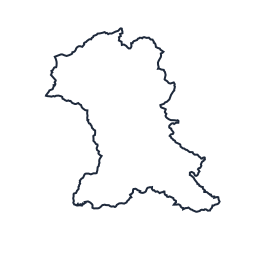 Chi Lang, Lạng Sơn, Vietnam (Robinson projection), rotated 77°
{"feature_id": "81297802B55451481919262", "entity_name": "Chi Lang", "entity_type": "district", "adm_level": 2, "iso_a3": "VNM", "parent_name": "Vietnam", "parent_adm1": "Lạng Sơn", "projection": "robinson", "projection_center": [106.633, 21.667], "detail": "fine", "context": "isolated", "style": "outline", "palette": "slate", "viewbox_px": 256, "rotation_deg": 77, "n_neighbors": 0, "source": "geoboundaries", "source_scale": "gbopen_adm2", "svg_char_len": 5780}
<svg xmlns="http://www.w3.org/2000/svg" viewBox="0 0 256 256"><g transform="rotate(77 128 128)"><path d="M134.2,77.8L132.8,77.3L132.3,77.3L131.6,77.9L131.7,79.1L131.0,80.6L129.9,84.6L128.6,86.3L126.8,87.9L125.8,88.5L124.6,88.7L122.9,87.4L121.3,88.4L120.6,88.5L118.3,87.0L117.4,88.0L115.5,90.9L115.0,91.2L113.6,91.4L112.9,91.3L112.5,87.5L111.4,86.1L111.2,84.2L109.4,81.2L105.4,78.6L102.4,75.5L101.9,74.5L100.8,74.3L99.3,73.4L98.6,73.3L98.3,73.0L97.0,73.3L95.8,72.6L93.9,73.2L94.2,76.6L93.6,77.9L93.1,78.4L91.3,79.2L89.3,81.2L88.8,81.4L84.8,79.4L81.8,79.4L80.5,80.0L79.4,80.1L78.5,82.4L77.1,84.3L77.0,85.4L75.5,84.4L73.3,84.5L71.0,84.1L69.3,82.9L66.3,80.1L65.0,79.5L62.8,79.3L62.5,77.6L61.7,76.3L59.0,78.8L57.8,79.1L56.6,81.1L55.3,82.6L53.4,82.4L51.7,82.6L50.7,83.7L49.6,83.4L48.3,84.0L47.4,84.2L46.8,86.1L44.7,87.3L44.4,89.6L43.1,91.8L43.1,92.9L43.8,94.0L43.1,94.8L42.7,96.3L43.1,97.0L43.2,98.2L44.3,99.4L44.7,102.8L45.4,103.9L46.4,104.5L46.1,105.9L49.0,106.2L50.0,106.8L50.9,107.8L50.7,109.3L49.3,110.4L47.7,111.2L45.9,113.0L45.7,113.6L45.7,115.3L42.5,114.9L40.7,117.2L38.9,116.4L37.5,116.4L36.8,114.3L34.6,114.6L34.4,112.1L32.5,111.7L31.2,111.9L29.8,111.7L29.3,112.5L29.5,113.4L31.1,115.6L31.3,118.5L32.3,122.6L31.7,124.8L32.1,126.2L30.6,127.2L30.6,128.4L29.7,128.8L29.3,129.3L29.5,131.1L29.5,133.9L29.2,136.5L29.8,137.1L30.2,138.2L30.5,140.8L31.7,141.7L32.1,143.1L33.3,143.9L32.9,145.2L33.0,146.2L34.1,148.6L34.8,149.5L35.0,150.9L35.2,151.5L35.7,151.9L36.8,151.9L38.6,154.3L37.5,156.3L37.3,157.6L37.7,159.1L38.8,160.6L40.0,161.3L41.2,162.5L41.6,163.3L41.7,165.2L42.9,165.6L43.3,166.5L43.8,169.0L44.0,171.6L42.8,173.7L41.6,175.3L41.2,176.7L42.1,183.3L44.6,182.8L47.2,182.7L48.7,182.9L51.4,183.7L52.6,184.3L52.4,185.9L52.7,186.5L54.6,188.2L55.2,189.8L56.7,189.2L57.1,190.0L58.7,190.7L59.0,191.1L65.2,187.7L65.7,187.8L66.9,189.2L68.2,188.8L69.3,189.1L70.0,189.8L69.4,190.3L69.5,190.8L70.1,190.6L73.2,192.7L73.7,196.1L74.8,197.0L77.6,200.4L78.1,200.7L78.8,199.4L79.7,196.6L80.2,195.7L80.1,193.5L80.8,192.3L80.4,190.8L80.8,188.4L82.0,186.1L82.9,185.1L84.7,185.2L85.8,183.8L86.8,183.0L87.9,181.5L87.7,179.9L88.5,179.0L88.7,177.9L91.0,176.7L92.7,174.3L92.9,173.3L92.5,170.9L94.1,169.8L95.0,168.6L97.2,168.4L98.6,167.7L100.8,165.8L101.2,165.2L101.7,163.6L104.5,164.5L107.1,164.7L108.4,165.3L111.1,165.8L111.3,164.9L112.4,165.4L114.7,165.0L115.4,163.8L116.5,163.7L117.3,163.1L119.9,163.0L121.1,162.1L121.9,161.9L123.0,160.6L125.4,161.1L127.4,161.8L127.7,163.2L128.0,163.6L131.2,164.1L132.7,164.6L134.5,163.5L136.0,163.0L136.5,162.7L137.2,161.5L138.5,161.6L140.6,163.1L142.4,163.1L144.4,161.5L145.8,162.5L146.6,162.4L148.3,161.2L149.3,160.0L151.6,162.4L152.8,163.2L154.7,163.7L155.5,163.6L156.8,164.5L158.4,165.0L159.4,166.4L162.7,167.5L163.3,168.0L164.6,168.5L164.9,168.8L164.9,169.8L164.4,171.8L164.8,174.6L163.6,176.6L163.0,179.1L163.0,179.9L163.5,180.8L166.3,182.9L167.0,184.9L168.5,186.8L169.3,186.7L170.2,187.3L171.4,187.1L172.5,188.4L173.7,188.8L174.2,189.5L176.2,189.8L177.7,191.8L179.6,193.2L179.7,195.4L180.2,195.9L182.5,196.4L184.1,197.2L187.0,197.2L188.5,198.1L190.4,197.6L190.7,196.9L191.8,195.6L191.7,195.2L191.0,194.3L192.2,194.4L192.3,194.1L191.6,193.1L192.5,192.3L191.6,191.5L191.6,191.0L191.9,190.7L192.4,191.2L193.2,190.4L192.9,190.1L192.2,190.1L192.3,189.1L191.4,188.8L191.9,187.8L191.4,187.1L191.3,186.1L191.0,185.9L190.4,186.3L190.5,183.9L190.7,183.2L192.3,181.4L194.3,180.1L195.2,179.9L197.7,180.6L198.6,179.5L199.5,175.5L199.5,174.4L198.9,172.7L197.4,170.3L197.5,167.8L198.1,167.0L198.9,164.0L200.1,163.0L200.8,162.0L201.1,159.6L201.9,158.8L202.0,158.3L201.6,157.3L200.4,156.2L199.5,153.5L199.8,151.3L200.8,148.7L200.2,146.2L198.7,144.8L198.2,143.5L196.6,141.9L196.3,140.3L193.5,141.1L193.2,140.6L193.1,139.5L191.9,137.7L189.5,137.0L188.7,136.4L188.9,134.3L189.7,133.3L190.5,132.9L192.2,130.3L193.1,131.0L194.0,129.8L194.6,128.1L194.4,126.2L193.8,124.9L191.5,123.3L190.7,122.4L190.6,119.8L191.0,118.9L191.0,117.9L192.6,118.4L193.3,118.2L194.5,117.5L194.5,116.6L196.3,115.5L196.4,113.5L198.6,111.8L198.2,110.1L198.3,108.7L197.9,107.5L198.1,106.8L199.8,107.1L201.1,107.0L202.0,106.3L202.1,105.5L203.2,105.5L203.8,105.3L204.3,103.9L204.0,103.2L204.1,102.7L206.5,99.6L207.6,99.6L208.4,99.3L209.7,97.7L211.1,97.9L212.2,99.7L213.0,100.6L213.6,97.7L213.7,96.1L214.2,95.3L215.3,94.3L216.3,94.4L217.2,93.9L217.9,93.3L218.4,92.2L219.6,92.6L219.0,89.8L219.3,88.5L219.1,87.0L221.4,85.2L222.1,83.9L222.8,83.4L224.9,80.5L225.1,79.7L225.0,76.7L224.4,75.9L224.2,74.6L225.0,72.4L224.5,71.4L225.0,70.1L226.5,68.8L226.8,66.6L225.9,66.1L224.6,64.2L222.5,63.1L222.9,62.1L222.3,60.5L222.3,57.9L221.9,56.9L221.2,56.1L220.3,55.3L218.2,55.8L215.8,55.6L215.5,56.0L215.3,56.8L215.4,59.5L214.8,59.1L214.2,59.2L213.8,61.3L213.0,62.0L211.6,62.1L211.5,62.3L211.5,63.1L210.7,63.4L210.2,64.2L208.6,65.2L208.1,65.9L207.5,68.1L207.0,68.0L206.6,67.2L206.2,67.0L204.0,68.7L202.3,68.4L201.8,69.9L201.1,70.3L200.5,71.4L199.6,71.4L199.1,71.9L198.6,71.9L198.0,73.0L197.3,72.8L193.0,74.8L191.8,75.0L190.5,75.7L188.4,77.3L187.7,78.3L185.4,77.7L185.1,76.0L185.3,75.6L186.8,73.9L188.5,73.7L189.5,73.3L190.0,72.3L189.6,71.0L188.3,69.8L187.4,69.5L186.4,68.1L183.9,69.1L183.2,68.3L183.1,66.8L182.9,66.4L181.3,65.0L179.9,65.2L178.1,63.9L177.5,63.3L177.0,61.7L176.2,61.1L176.0,60.2L174.1,59.9L173.8,60.3L173.8,61.5L174.5,62.8L174.2,63.6L172.7,64.3L172.3,64.9L169.6,66.3L168.9,69.2L167.3,70.3L166.1,70.5L165.3,73.4L162.6,75.5L162.1,76.7L160.6,77.9L160.2,79.1L157.9,81.0L156.1,80.8L155.6,81.0L152.6,84.9L151.0,85.1L150.4,85.6L150.0,86.5L148.7,86.9L147.5,88.1L146.5,88.1L145.1,89.2L143.9,87.8L143.8,85.4L142.8,84.7L142.4,84.7L139.2,86.2L138.3,86.0L137.2,87.5L136.6,87.7L135.4,87.4L134.9,87.0L133.6,84.8L133.4,84.0L133.6,82.8L134.5,82.2L133.7,80.1L134.2,77.8Z" fill="none" stroke="#1e293b" stroke-width="2"/></g></svg>